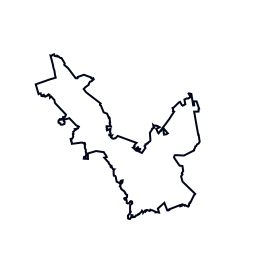 Salvador Alvarado, Sinaloa, Mexico (Natural Earth projection), rotated 161°
{"feature_id": "50627088B8261006945538", "entity_name": "Salvador Alvarado", "entity_type": "district", "adm_level": 2, "iso_a3": "MEX", "parent_name": "Mexico", "parent_adm1": "Sinaloa", "projection": "natural_earth1", "projection_center": [-108.084, 25.381], "detail": "fine", "context": "isolated", "style": "outline", "palette": "ink", "viewbox_px": 256, "rotation_deg": 161, "n_neighbors": 0, "source": "geoboundaries", "source_scale": "gbopen_adm2", "svg_char_len": 5806}
<svg xmlns="http://www.w3.org/2000/svg" viewBox="0 0 256 256"><g transform="rotate(161 128 128)"><path d="M166.8,209.8L168.1,215.8L168.8,216.0L169.3,216.4L169.7,217.0L170.4,218.3L170.9,218.3L171.4,219.2L171.7,218.7L174.0,220.1L173.8,221.7L174.1,221.8L175.4,221.7L175.9,221.6L176.5,221.2L176.8,221.2L177.7,221.7L178.0,217.1L178.4,212.6L178.9,209.3L178.9,206.3L179.7,202.0L180.0,199.1L186.1,199.4L201.0,199.3L201.5,189.2L200.5,189.4L199.3,189.2L199.5,188.4L199.2,187.4L199.4,186.5L198.4,185.9L197.9,185.7L197.9,186.4L197.7,186.7L196.8,186.9L196.1,184.6L195.5,184.7L195.2,184.6L193.5,185.2L193.7,184.8L193.1,184.8L191.8,185.3L191.4,185.0L191.6,184.1L191.5,183.0L191.8,182.1L190.3,182.7L189.6,181.1L189.5,180.4L188.6,178.9L188.5,178.5L188.9,175.6L188.8,175.2L182.3,160.9L182.9,160.0L183.4,159.7L184.0,159.0L184.4,158.9L184.8,159.2L185.1,159.3L185.5,159.1L185.6,158.5L185.9,158.3L186.1,158.6L186.2,158.2L186.9,157.9L187.7,158.2L188.4,157.6L188.8,157.6L189.0,157.7L189.1,158.4L189.7,158.6L190.5,157.9L191.1,157.8L191.8,156.3L191.9,155.6L191.2,155.1L191.2,154.8L191.0,154.7L190.5,154.3L190.6,153.7L190.5,153.1L189.0,152.5L186.9,152.5L185.9,154.3L186.4,155.3L186.6,155.9L185.4,156.5L184.6,156.7L183.5,156.5L180.3,156.4L176.2,147.6L175.6,146.8L174.0,145.3L175.3,144.0L176.2,144.2L176.6,143.8L177.5,143.5L177.7,144.1L178.8,144.3L178.8,143.3L180.2,142.5L180.9,142.3L181.1,142.2L181.5,140.1L182.1,140.2L182.6,137.6L184.4,136.0L185.8,136.3L186.1,133.8L185.7,133.7L186.2,131.3L176.1,129.2L175.2,128.2L174.3,128.2L173.8,128.0L173.8,127.1L174.2,127.2L174.2,126.6L174.4,126.6L174.6,125.5L174.5,125.0L174.8,124.3L175.1,123.9L175.3,122.8L175.0,121.3L175.1,120.7L175.6,119.6L175.8,117.6L176.3,116.2L177.4,114.5L178.9,115.0L179.8,113.4L175.9,111.8L174.3,117.0L165.7,116.6L158.7,113.0L158.4,111.0L157.9,110.1L157.5,107.5L160.1,107.7L158.0,102.6L157.5,101.9L157.7,101.0L157.5,100.5L157.5,100.0L156.6,98.2L156.2,97.8L156.8,97.5L157.1,97.1L157.0,96.6L156.9,96.5L156.6,96.6L155.9,96.1L156.0,95.7L155.5,94.0L154.8,93.6L155.4,93.5L155.1,92.8L155.8,91.6L156.0,90.7L156.4,89.7L156.9,87.6L156.1,87.3L155.8,86.9L155.5,86.1L156.2,81.0L154.0,78.7L153.5,78.8L153.5,79.1L152.5,79.9L151.5,80.5L150.1,80.2L151.2,78.2L152.1,77.8L153.7,77.0L153.7,76.4L154.7,75.6L154.5,75.0L154.3,74.9L154.2,73.2L154.3,72.7L153.7,71.9L153.7,71.4L152.4,69.9L152.5,69.7L151.6,67.9L152.0,67.2L151.6,66.4L151.4,65.7L150.6,65.1L151.5,62.8L153.3,62.7L154.2,62.9L154.6,62.5L154.5,61.7L154.1,61.0L152.9,61.0L152.9,59.7L153.6,57.6L152.8,56.8L151.8,56.6L150.6,57.0L150.1,57.6L149.7,57.4L149.2,57.9L148.6,57.7L148.2,57.2L148.2,56.7L148.5,55.4L148.8,55.2L149.8,54.8L151.0,54.6L152.6,50.3L152.8,49.1L152.7,48.0L153.4,48.0L153.6,47.0L156.5,45.2L156.8,44.8L156.9,43.7L157.4,42.5L156.7,41.8L155.8,41.3L153.7,42.9L153.1,44.6L152.1,44.0L152.8,42.2L152.4,42.1L150.3,41.7L149.2,42.7L148.5,42.4L147.3,42.8L146.7,42.7L146.3,43.2L145.4,42.9L145.1,43.3L142.5,44.4L141.7,45.2L141.1,43.4L141.2,43.0L140.3,43.6L139.9,43.5L139.1,44.1L138.8,43.4L138.2,44.1L137.7,44.0L137.5,43.8L137.2,44.0L137.1,44.4L136.4,44.1L134.5,42.5L133.5,43.5L132.5,42.6L131.7,42.2L131.0,41.6L130.4,40.9L129.2,39.8L129.4,39.3L128.1,39.0L126.2,37.9L126.0,42.1L118.0,45.4L117.7,37.6L117.4,37.6L117.1,37.0L115.8,37.0L115.8,37.6L115.4,37.7L104.4,38.1L104.2,36.9L102.6,36.9L102.6,38.1L101.3,38.1L99.7,36.1L99.1,36.5L96.9,34.2L96.4,34.5L96.2,34.3L95.4,35.0L95.4,35.8L94.8,36.2L94.8,36.5L94.4,37.0L94.1,37.2L94.0,36.9L93.8,37.0L93.6,36.9L87.9,42.5L87.7,42.9L87.1,43.2L86.4,43.4L85.9,43.8L93.9,59.6L93.5,65.1L91.6,66.4L91.9,67.7L89.8,69.4L88.9,74.3L91.5,75.6L93.7,83.5L94.1,85.1L94.0,85.4L92.7,87.0L91.7,86.8L84.4,83.9L83.6,83.8L72.8,85.3L72.7,86.0L71.2,87.3L70.4,88.6L69.4,88.7L68.1,90.0L66.4,90.3L65.4,91.0L64.7,91.7L63.4,98.6L63.8,98.7L62.3,108.6L60.1,121.9L56.0,120.6L55.5,121.7L55.2,122.8L54.5,122.9L54.5,130.8L57.3,131.9L58.0,127.9L59.0,128.1L57.0,139.6L58.9,140.8L59.3,140.9L59.5,140.8L59.0,139.1L59.6,139.5L59.0,138.9L59.0,136.7L60.0,136.6L61.7,136.3L62.9,136.9L65.4,136.5L66.1,131.8L69.0,131.3L69.6,132.2L70.3,135.8L71.5,135.6L78.1,132.5L79.4,132.4L79.4,132.0L79.3,131.7L79.5,129.7L80.0,129.2L79.1,128.4L83.6,125.0L85.9,123.1L94.9,117.0L92.1,110.0L93.9,109.6L96.1,110.0L95.1,115.5L95.5,116.5L96.4,116.0L97.7,114.7L97.9,115.0L100.8,113.0L101.1,113.6L101.6,117.9L97.9,118.5L99.2,119.9L100.5,121.0L101.6,121.5L101.7,121.4L102.6,121.8L102.9,121.9L103.2,122.5L103.6,120.3L103.2,120.3L103.1,119.8L103.6,119.6L103.8,119.7L105.3,119.5L105.3,119.1L108.9,116.3L109.0,115.8L110.9,108.8L111.6,108.2L114.5,107.4L114.5,107.0L116.8,106.8L116.7,106.4L117.3,105.7L118.3,105.4L118.0,103.5L123.0,99.9L125.6,102.5L124.9,104.1L124.9,104.4L123.9,104.3L124.0,103.8L123.5,103.7L123.3,104.1L123.5,104.2L123.4,104.4L123.7,104.6L123.6,104.8L123.8,104.6L124.9,104.9L124.9,106.6L125.8,106.4L126.6,104.9L127.0,105.1L127.4,104.2L127.0,104.0L127.2,103.7L127.9,104.3L128.0,105.6L127.7,106.0L128.1,106.4L128.5,105.8L129.6,107.8L128.7,107.8L127.8,108.4L128.0,109.1L126.1,110.6L124.8,111.2L140.4,123.9L143.1,122.4L143.5,122.7L145.1,122.5L146.2,123.2L147.1,124.7L145.4,126.2L146.3,126.4L147.2,126.3L148.1,127.1L147.9,127.8L147.2,127.6L147.1,127.9L146.6,128.0L146.2,128.5L146.1,128.8L146.3,130.2L145.5,131.5L145.3,132.1L144.8,133.0L148.6,132.6L148.5,133.8L147.9,134.5L148.1,135.5L148.0,135.9L147.7,136.6L143.7,135.3L143.8,136.0L143.9,138.4L143.5,139.2L143.1,139.1L143.0,139.9L142.2,143.0L142.2,143.9L142.9,143.8L142.9,146.6L143.2,148.4L145.9,150.7L146.3,157.7L147.0,159.0L146.9,159.2L146.6,159.2L146.4,160.2L146.0,160.3L156.0,175.4L157.2,179.3L155.1,180.4L151.0,181.7L150.6,182.7L148.8,184.2L147.8,184.0L147.0,184.1L146.1,184.8L145.4,184.8L144.6,185.1L144.7,186.3L145.6,186.1L146.6,187.1L146.3,187.7L152.4,192.7L158.9,192.6L159.0,191.9L159.8,191.5L161.3,192.2L165.1,203.9L167.7,208.5L166.8,209.8Z" fill="none" stroke="#020617" stroke-width="2"/></g></svg>